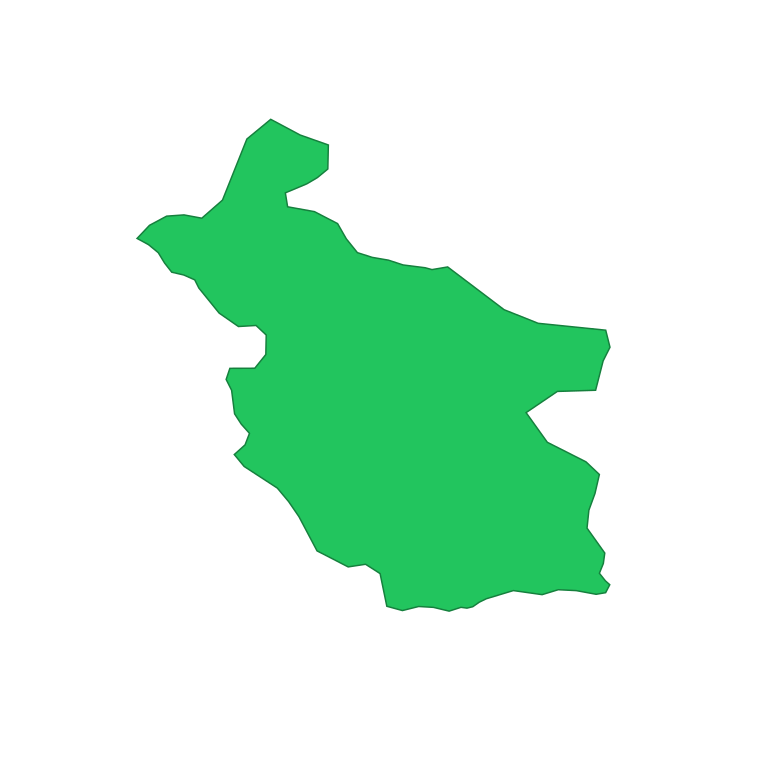 the border of Ebonyi, rotated 111°
{"feature_id": "NGA-2863", "entity_name": "Ebonyi", "entity_type": "State", "adm_level": 1, "iso_a3": "NGA", "parent_name": "Nigeria", "parent_adm1": "", "projection": "robinson", "projection_center": [8.009, 6.241], "detail": "fine", "context": "isolated", "style": "filled", "palette": "green", "viewbox_px": 768, "rotation_deg": 111, "n_neighbors": 0, "source": "natural_earth", "source_scale": "10m", "svg_char_len": 1251}
<svg xmlns="http://www.w3.org/2000/svg" viewBox="0 0 768 768"><g transform="rotate(111 384 384)"><path d="M524.0,160.9L530.5,189.2L547.8,211.5L553.6,216.9L560.1,221.3L563.5,226.2L564.9,232.1L572.7,241.8L574.8,257.8L579.3,271.9L588.9,285.6L590.5,301.7L562.4,319.7L558.9,336.6L567.6,351.9L563.8,386.7L538.3,415.9L527.9,431.0L519.4,446.3L511.1,485.0L503.5,498.5L490.6,491.9L478.3,491.9L472.6,502.9L465.4,512.8L444.5,524.0L436.3,533.0L424.6,533.5L415.6,510.3L398.8,504.9L380.5,511.5L375.2,524.4L382.5,540.5L376.9,563.3L360.8,591.2L354.6,598.0L354.0,610.1L355.7,622.2L349.7,632.2L342.3,641.8L338.3,653.8L336.6,666.7L319.9,659.8L305.2,647.1L297.8,631.3L294.5,613.5L270.2,600.7L204.4,599.8L177.5,584.6L181.6,551.6L180.8,521.6L203.4,513.5L215.1,520.1L224.7,527.7L240.9,544.6L253.1,537.5L248.0,510.7L250.9,484.8L262.0,471.2L270.9,455.9L270.0,440.4L266.8,424.3L266.0,408.8L260.7,387.2L260.0,380.2L251.9,366.5L271.6,298.5L272.1,261.9L254.3,196.3L268.7,186.2L283.9,187.7L314.0,184.2L328.8,219.5L359.8,241.1L379.9,210.6L384.3,167.5L391.3,150.5L410.6,147.8L428.4,147.5L445.8,142.8L462.7,117.3L473.0,114.9L483.5,115.1L488.4,106.8L490.5,101.3L499.4,102.3L504.3,110.6L508.0,130.5L513.6,147.6L524.0,160.9Z" fill="#22c55e" stroke="#15803d" stroke-width="1.5"/></g></svg>